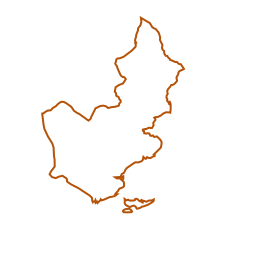 Pwani, Albers equal-area conic projection, rotated 46°
{"feature_id": "TZA-3382", "entity_name": "Pwani", "entity_type": "Region", "adm_level": 1, "iso_a3": "TZA", "parent_name": "United Republic of Tanzania", "parent_adm1": "", "projection": "albers", "projection_center": [38.969, -7.175], "detail": "fine", "context": "isolated", "style": "outline", "palette": "amber", "viewbox_px": 256, "rotation_deg": 46, "n_neighbors": 0, "source": "natural_earth", "source_scale": "10m", "svg_char_len": 4563}
<svg xmlns="http://www.w3.org/2000/svg" viewBox="0 0 256 256"><g transform="rotate(46 128 128)"><path d="M166.7,128.5L166.1,129.2L165.7,130.4L165.6,131.4L165.3,132.4L164.5,133.4L163.7,134.0L163.2,134.2L162.7,134.3L162.2,134.5L162.2,135.0L162.5,135.6L162.7,136.1L162.3,136.9L161.4,137.0L160.3,137.0L159.5,137.0L160.2,138.1L160.8,138.8L161.3,139.7L161.3,141.1L161.0,142.1L160.4,143.5L159.7,144.7L157.9,146.4L157.2,148.9L156.0,156.3L156.1,157.7L156.3,159.0L157.2,161.2L157.4,162.5L157.0,163.5L156.8,164.4L157.8,166.9L157.5,168.0L154.5,171.5L156.5,171.1L158.0,169.4L158.9,167.2L159.5,165.0L160.5,165.9L161.3,166.8L161.4,167.7L160.4,168.7L162.9,168.5L164.0,168.6L165.2,169.4L167.0,171.2L167.2,172.1L166.8,173.8L165.8,176.0L165.7,176.8L166.4,179.1L166.5,181.8L166.7,183.0L167.8,182.3L168.1,182.0L167.9,184.1L167.1,186.0L164.9,189.4L162.7,195.4L161.7,197.2L161.3,197.0L161.1,197.0L160.9,197.2L160.3,197.2L160.8,198.2L160.7,200.6L160.8,201.8L159.9,201.4L159.9,201.9L159.5,203.2L158.4,202.0L157.8,201.6L157.2,201.4L157.7,202.4L157.8,203.2L157.3,203.8L156.3,204.1L156.6,204.7L155.7,204.4L153.2,202.4L149.9,202.5L137.0,205.4L128.7,208.2L124.6,209.0L123.5,208.7L122.8,207.7L121.6,207.3L116.9,208.3L115.2,211.1L113.8,214.8L110.7,216.7L106.9,216.6L105.8,213.9L104.8,207.5L99.8,202.8L96.6,200.6L90.5,195.2L86.8,193.3L78.6,191.5L70.7,188.8L67.3,186.7L58.0,179.7L58.6,179.0L58.8,178.2L58.9,176.7L59.6,173.9L59.8,173.5L60.2,173.0L60.5,172.8L60.7,172.6L60.9,172.1L61.3,171.5L61.6,171.2L61.4,167.9L62.2,164.8L62.1,161.3L62.7,157.9L64.6,156.1L67.2,155.2L73.1,154.1L75.6,154.4L77.9,154.9L81.2,154.3L84.5,153.2L95.2,151.3L95.5,148.9L94.2,146.0L91.3,137.7L92.9,132.7L94.8,130.2L97.3,128.7L99.9,128.4L101.4,125.6L103.8,122.5L105.5,119.1L105.1,118.3L104.4,117.5L104.2,115.1L102.9,114.1L101.3,114.3L100.2,113.6L98.9,113.3L97.9,113.7L96.8,114.0L96.0,113.6L95.4,113.0L94.2,112.3L92.7,112.3L90.1,108.6L90.8,104.6L92.5,100.6L91.3,95.6L90.1,95.4L88.9,95.5L88.1,95.8L87.5,96.4L86.0,96.7L84.4,96.5L77.7,94.0L75.8,93.0L73.8,92.8L72.6,92.2L72.0,90.7L71.1,89.6L70.5,88.5L70.8,87.1L72.0,85.7L73.7,81.8L75.0,71.5L74.8,66.1L73.6,64.6L71.9,63.8L72.3,63.2L73.3,63.0L71.7,62.8L69.9,62.2L69.0,60.8L68.2,59.2L66.5,57.0L64.7,53.0L63.5,51.8L63.0,49.9L62.9,48.0L60.9,44.6L57.7,42.2L67.8,39.4L72.3,40.5L74.3,40.1L76.0,39.3L80.8,39.7L85.0,41.8L86.8,43.8L89.3,44.7L92.2,45.5L93.9,47.9L95.8,48.7L97.9,48.6L98.9,49.6L100.0,50.3L102.3,50.7L102.9,50.2L103.7,49.7L104.9,50.1L106.2,50.1L107.2,49.9L108.0,50.4L111.9,48.7L113.3,48.2L114.5,47.0L115.5,46.9L116.4,47.1L117.7,46.6L118.8,45.7L124.4,46.7L124.0,48.4L123.4,49.7L122.9,51.2L123.0,52.8L123.2,53.3L124.0,54.2L124.3,54.7L125.0,57.2L125.3,57.9L125.6,58.3L127.1,59.2L128.2,60.1L128.3,60.5L128.5,63.1L128.4,64.7L127.9,66.1L127.1,67.1L127.6,68.8L127.9,72.5L128.7,74.2L129.4,74.7L130.2,75.2L130.9,75.6L131.2,76.3L131.3,77.0L131.6,77.7L132.1,78.4L132.6,79.0L133.0,79.3L133.3,79.4L134.2,79.5L134.6,79.7L134.9,80.1L135.1,80.6L135.4,80.9L136.2,81.0L138.1,81.1L138.8,81.6L139.5,81.8L140.2,81.6L140.1,81.0L139.5,80.8L138.5,80.3L137.1,79.5L139.1,80.1L140.4,80.7L144.1,84.2L146.3,86.9L145.7,87.1L144.6,88.4L143.3,89.4L142.1,92.4L141.8,95.7L140.9,98.6L139.1,101.0L138.9,102.0L140.5,102.1L141.3,102.8L141.4,104.1L141.9,106.4L143.8,107.6L144.1,108.9L144.7,110.4L144.0,111.6L142.6,112.4L141.9,113.8L141.5,115.4L140.3,116.9L139.5,118.4L140.3,119.2L141.6,118.7L143.0,120.0L144.5,119.0L145.4,117.5L146.8,116.5L147.8,116.9L149.0,117.3L150.0,116.5L150.6,115.3L151.5,115.4L152.6,115.4L154.1,113.1L156.3,112.9L157.2,113.0L158.2,112.9L159.8,113.1L161.5,113.6L163.4,115.7L164.9,118.1L165.0,127.7L165.8,127.4L166.6,128.4L166.7,128.5ZM197.3,159.1L198.3,160.2L198.2,162.4L197.1,166.9L195.2,171.3L194.3,172.5L194.2,173.0L194.2,173.4L194.1,173.8L193.7,175.2L193.5,175.6L192.9,176.4L192.8,176.8L192.4,177.6L191.6,177.6L189.8,177.1L187.9,177.7L187.0,179.2L186.6,180.7L186.0,181.6L183.3,182.7L182.0,183.0L180.9,183.0L179.6,182.4L177.8,180.6L176.7,179.7L177.4,179.6L178.5,179.5L179.0,179.3L179.1,179.1L179.2,178.6L179.4,178.2L179.5,178.2L179.7,177.7L180.1,177.6L180.5,177.6L180.9,177.5L183.8,174.7L184.7,173.2L184.1,172.4L184.5,171.3L185.3,170.8L186.3,170.6L187.5,170.6L188.6,170.4L190.7,169.4L191.8,169.2L191.5,168.7L190.9,168.6L189.1,168.8L189.1,168.3L189.9,168.1L190.6,167.8L191.9,166.9L193.3,166.3L193.9,165.8L194.4,164.1L194.9,163.1L195.6,162.2L196.1,161.9L196.5,161.5L197.1,159.8L197.3,159.1ZM187.0,183.1L189.2,182.8L190.7,182.9L191.0,183.9L190.3,184.7L187.5,187.8L185.5,189.6L184.4,189.5L184.0,188.4L184.4,186.7L185.2,185.3L187.0,183.1Z" fill="none" stroke="#b45309" stroke-width="2"/></g></svg>